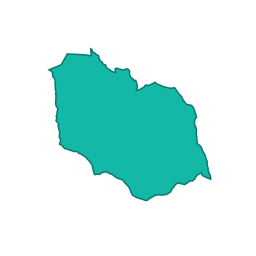 Chengmari, Samchi, Bhutan, rotated 118°
{"feature_id": "84629894B7629980605125", "entity_name": "Chengmari", "entity_type": "district", "adm_level": 2, "iso_a3": "BTN", "parent_name": "Bhutan", "parent_adm1": "Samchi", "projection": "orthographic", "projection_center": [89.063, 26.994], "detail": "fine", "context": "isolated", "style": "filled", "palette": "teal", "viewbox_px": 256, "rotation_deg": 118, "n_neighbors": 0, "source": "geoboundaries", "source_scale": "gbopen_adm2", "svg_char_len": 5754}
<svg xmlns="http://www.w3.org/2000/svg" viewBox="0 0 256 256"><g transform="rotate(118 128 128)"><path d="M70.7,106.2L71.1,106.4L72.7,108.6L73.7,111.6L74.9,116.2L75.2,120.4L75.4,121.4L75.4,122.2L75.4,123.6L75.3,124.5L75.2,125.3L75.0,125.8L75.7,125.9L76.7,126.6L77.2,127.2L78.3,127.8L79.5,128.7L80.5,129.6L80.9,130.2L81.2,131.3L81.5,132.1L82.2,132.7L82.8,132.9L84.0,132.9L85.5,133.8L86.5,134.6L87.3,135.0L87.7,135.1L88.8,136.0L89.9,136.9L91.1,138.2L90.3,138.6L88.8,138.5L87.5,138.9L86.6,139.6L84.8,140.9L82.3,143.6L82.8,144.2L83.3,144.9L82.8,145.5L82.5,146.4L82.4,147.3L82.1,147.9L81.8,149.6L80.4,151.3L79.9,151.8L78.6,152.5L77.9,152.8L77.6,153.0L76.5,154.0L76.3,155.1L76.2,155.5L76.0,156.0L76.3,156.4L76.5,157.0L76.8,157.5L77.6,158.2L78.4,158.8L78.9,159.5L79.5,160.6L79.5,161.5L79.9,163.0L80.2,164.1L80.4,164.8L80.4,165.5L80.5,166.3L81.2,166.8L81.8,167.1L82.5,166.9L83.2,166.1L83.8,165.6L84.0,165.3L84.8,165.0L85.2,166.7L85.5,167.6L85.6,169.2L85.6,169.6L85.2,170.5L85.1,171.2L85.2,172.0L85.1,173.0L85.1,173.9L85.0,174.5L84.8,175.1L84.6,175.4L84.2,176.0L83.2,176.9L82.8,177.6L83.1,178.3L83.5,179.2L83.1,180.0L82.6,180.8L82.0,181.7L81.8,182.5L82.0,183.2L81.7,184.0L80.2,185.9L79.7,186.5L79.1,187.1L78.4,187.4L78.0,188.0L77.9,188.8L78.0,189.7L77.9,190.7L77.5,192.0L77.5,193.9L77.1,195.1L76.4,196.0L75.7,196.7L75.6,198.1L81.6,194.3L83.5,200.1L91.1,216.4L103.5,216.6L113.7,225.1L113.9,222.4L114.5,220.6L115.2,220.0L116.2,219.8L117.7,218.7L118.6,216.8L119.3,215.6L120.2,214.7L122.0,213.7L123.1,213.1L123.9,212.8L125.3,211.8L125.9,211.4L126.3,211.0L127.2,210.8L128.0,210.3L128.5,209.7L129.9,208.5L131.6,208.1L132.8,207.2L133.3,206.4L134.0,206.3L135.4,205.8L137.1,204.8L138.7,204.3L139.8,203.6L140.5,203.3L141.3,202.7L142.2,201.8L142.9,201.1L143.1,200.3L143.6,199.5L144.1,198.8L145.7,198.6L146.7,198.3L147.2,197.9L150.5,197.1L151.0,196.9L151.7,196.7L152.1,196.0L152.6,195.5L153.5,195.2L154.0,195.1L154.8,195.3L155.2,194.9L155.8,194.3L156.0,193.6L156.2,192.3L156.4,191.7L158.0,191.2L158.3,190.9L159.2,190.4L160.2,189.7L160.8,189.1L161.4,188.7L162.5,187.7L163.2,186.9L163.7,186.2L164.4,185.9L165.3,185.8L166.3,185.3L167.2,184.9L168.5,184.2L169.3,183.5L169.4,182.7L169.7,182.0L170.9,181.6L171.7,181.4L173.0,181.2L174.5,180.8L174.6,180.3L174.3,179.5L174.2,178.2L174.7,177.7L174.8,177.2L175.1,176.7L175.1,176.2L175.5,175.3L175.8,174.5L175.8,173.7L175.6,173.0L175.3,172.1L175.0,170.7L175.0,169.6L174.7,168.0L174.4,166.7L174.3,166.0L174.1,164.8L173.8,163.9L173.4,163.1L172.9,162.4L172.6,161.7L172.7,161.2L173.0,160.8L173.4,159.8L173.4,159.4L173.3,158.3L173.1,157.8L172.9,157.4L172.9,156.8L173.4,155.5L173.5,155.1L173.3,154.8L173.3,153.3L173.7,151.9L174.0,150.3L174.4,149.6L174.9,148.1L175.3,147.1L175.8,145.3L176.4,144.8L176.6,144.1L177.1,143.1L178.0,142.0L178.4,141.4L179.3,140.8L181.0,139.5L184.1,136.5L184.4,136.1L184.8,135.7L184.4,134.9L183.4,134.0L182.4,131.4L181.2,130.7L179.9,130.4L179.5,129.9L178.8,128.9L178.2,128.5L177.3,127.2L176.9,126.3L176.8,125.2L176.9,123.9L176.8,122.8L176.8,121.5L176.3,120.2L176.8,117.6L177.0,116.6L177.2,115.4L177.3,113.5L177.0,112.1L176.8,110.7L176.5,109.5L176.4,108.3L176.5,108.0L177.4,106.3L178.3,103.8L178.9,101.9L179.1,101.4L179.3,100.8L179.5,100.2L179.7,99.6L180.0,99.1L180.4,98.6L181.6,97.1L182.4,96.2L183.2,95.3L183.6,94.8L184.0,94.3L185.0,92.7L185.2,92.2L185.3,91.5L185.3,90.3L185.3,88.4L185.3,87.8L185.2,87.2L185.1,86.6L185.0,86.0L184.7,84.1L184.6,83.5L184.3,82.3L184.1,81.7L184.1,81.1L183.9,79.8L183.9,79.2L183.8,78.6L183.5,78.0L183.2,77.5L182.8,77.0L182.3,76.7L181.7,76.5L181.1,76.4L180.5,76.2L180.0,75.9L179.4,75.3L179.0,75.3L178.1,74.7L177.2,73.9L176.6,73.6L175.5,73.0L175.1,72.6L174.7,72.2L174.3,71.6L173.9,71.2L173.4,70.8L172.9,70.4L172.6,69.8L172.0,68.1L171.8,67.5L171.5,66.9L171.2,66.4L170.5,65.4L169.4,63.9L169.0,63.4L168.6,62.9L168.1,62.5L167.6,62.2L167.1,61.8L164.9,60.7L164.3,60.3L163.0,60.4L161.8,60.5L160.1,60.3L159.0,59.9L157.3,59.8L155.8,59.3L154.2,59.0L153.6,58.3L152.7,57.3L152.5,56.7L152.5,55.7L152.1,54.7L152.0,53.7L151.8,53.2L151.7,52.5L151.5,51.9L151.3,51.4L150.8,51.0L148.6,49.8L147.5,49.3L146.3,48.9L145.8,48.5L145.4,48.1L145.1,47.5L144.9,46.9L144.6,46.4L144.1,46.0L142.9,45.6L141.8,45.1L139.5,45.2L137.4,44.8L136.1,44.3L134.9,43.4L134.0,43.0L133.3,42.4L133.5,41.7L134.0,41.3L134.4,41.0L134.9,39.9L135.1,39.2L135.0,38.6L135.0,38.0L134.9,37.4L134.9,36.1L134.9,34.9L134.9,34.3L134.6,33.1L134.6,32.4L134.5,31.8L134.5,30.9L133.7,31.3L133.2,31.7L132.8,31.9L132.5,32.1L132.0,32.5L131.6,32.7L130.5,34.1L130.2,34.5L130.0,35.2L129.5,35.5L129.1,35.8L128.2,36.8L127.9,37.4L127.3,37.6L126.8,37.9L126.2,38.2L125.7,38.6L125.3,39.0L124.4,39.9L123.9,40.3L123.5,40.7L122.9,41.1L122.4,41.4L121.9,41.7L121.2,41.8L120.7,42.0L120.3,42.5L119.5,43.5L119.1,43.9L116.5,46.6L115.7,47.5L115.3,48.0L114.9,48.5L114.6,49.0L114.2,49.5L113.9,50.1L113.3,51.2L113.0,51.7L112.6,52.2L111.6,53.0L111.2,53.4L110.8,53.9L110.5,54.5L110.2,55.0L110.0,55.6L109.9,56.2L109.5,58.0L109.3,59.3L109.1,59.9L108.5,60.1L107.9,60.3L107.4,60.6L104.9,62.5L104.3,62.8L103.8,63.1L103.2,63.4L102.7,63.7L102.2,64.1L101.8,64.6L101.3,64.9L100.8,65.2L99.1,65.9L98.5,66.2L97.9,66.5L97.4,66.8L96.9,67.1L96.4,67.5L95.9,67.9L95.5,68.3L95.2,69.5L94.2,70.0L93.7,70.6L93.2,71.1L92.7,71.4L92.2,71.7L90.5,72.4L90.0,72.7L89.0,73.0L87.9,72.9L87.3,72.6L86.4,72.6L86.0,72.7L85.4,73.7L84.6,74.1L83.5,75.2L81.9,76.9L81.0,77.8L80.6,78.3L79.8,79.2L79.5,79.7L78.9,80.9L78.6,81.4L78.4,82.0L78.3,82.6L78.4,83.2L78.5,83.8L78.7,84.4L79.2,85.6L79.4,86.2L79.5,86.8L79.5,87.4L79.4,88.0L79.2,88.6L79.0,89.2L78.7,89.8L77.8,91.4L77.5,92.0L77.3,92.5L77.0,93.1L76.6,93.6L76.2,94.0L75.8,94.5L75.4,95.0L75.1,95.5L74.9,96.1L74.7,96.7L74.6,97.3L74.5,97.9L74.2,98.5L73.4,100.1L72.3,102.4L71.7,103.5L71.4,104.0L70.8,104.9L70.7,106.2Z" fill="#14b8a6" stroke="#0f766e" stroke-width="1.5"/></g></svg>